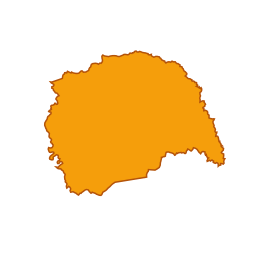 Morrinhos, Goiás, Brazil, rotated 329°
{"feature_id": "56859067B47188635940101", "entity_name": "Morrinhos", "entity_type": "district", "adm_level": 2, "iso_a3": "BRA", "parent_name": "Brazil", "parent_adm1": "Goiás", "projection": "orthographic", "projection_center": [-49.117, -17.8], "detail": "fine", "context": "isolated", "style": "filled", "palette": "amber", "viewbox_px": 256, "rotation_deg": 329, "n_neighbors": 0, "source": "geoboundaries", "source_scale": "gbopen_adm2", "svg_char_len": 5803}
<svg xmlns="http://www.w3.org/2000/svg" viewBox="0 0 256 256"><g transform="rotate(329 128 128)"><path d="M203.5,157.3L203.9,156.3L204.5,155.4L204.4,154.1L203.5,152.7L201.9,152.3L202.2,151.5L203.0,150.9L202.5,149.9L202.8,149.0L204.9,149.0L205.5,148.1L206.6,147.7L206.7,146.9L206.6,146.1L206.5,145.0L207.2,144.2L206.3,143.3L205.2,143.0L203.0,142.9L204.1,141.4L204.5,140.6L204.8,139.5L205.5,138.7L206.7,137.8L206.9,136.6L207.2,135.9L207.9,134.6L209.3,134.5L210.3,133.9L211.3,132.5L211.4,131.3L210.6,131.6L210.3,129.7L209.7,130.3L209.2,129.1L208.8,128.4L208.2,127.7L209.5,127.7L209.8,126.9L209.1,126.1L209.8,125.2L210.1,124.4L209.5,123.8L208.8,123.5L208.9,122.5L208.4,121.6L207.4,121.0L207.0,120.3L207.6,119.6L206.8,118.5L206.5,117.7L205.7,117.2L205.0,116.6L204.4,114.3L203.8,112.9L205.0,112.6L205.7,112.6L206.5,111.5L206.3,110.7L206.1,109.4L205.6,108.4L205.4,107.6L205.6,106.6L205.8,105.5L205.4,104.6L205.8,103.4L205.2,102.7L204.2,102.0L205.1,100.7L204.4,99.5L204.0,98.5L203.1,98.0L202.7,96.8L202.6,95.6L200.7,94.5L200.5,93.7L199.8,93.3L198.5,93.7L197.9,92.9L196.9,92.2L195.7,91.8L194.9,91.7L194.0,91.8L193.7,90.8L193.9,89.4L193.0,88.7L192.6,87.7L192.0,87.1L191.9,85.0L191.4,84.3L191.5,83.2L189.8,81.6L189.0,81.1L188.2,80.8L187.4,80.8L186.5,80.5L185.9,79.3L185.4,78.5L185.3,77.6L185.9,76.9L183.9,76.3L183.2,75.5L183.5,74.6L182.5,73.7L181.8,72.8L181.0,72.2L179.2,70.6L178.2,69.2L177.3,68.3L176.3,68.3L175.5,67.9L174.8,67.3L174.7,66.4L173.9,65.9L172.8,65.8L172.2,66.3L171.3,66.3L170.6,65.8L169.8,66.1L168.3,64.8L166.9,65.3L165.6,65.2L164.9,64.6L164.0,63.8L162.5,62.9L161.3,62.9L160.4,62.8L159.3,62.6L157.4,62.3L156.1,61.4L155.0,60.0L153.6,59.0L152.3,58.2L149.9,57.2L148.1,56.8L144.9,54.1L144.0,52.5L142.6,53.0L141.7,54.8L141.3,56.1L140.6,57.5L139.4,58.3L138.3,58.7L137.5,57.9L136.5,58.0L135.4,58.1L135.0,57.1L133.4,55.7L130.8,54.6L129.4,54.6L128.2,55.6L127.5,56.4L126.2,56.6L125.0,57.3L124.2,58.2L123.3,58.4L122.2,58.3L120.7,58.3L118.5,57.2L118.3,56.2L118.0,55.3L116.9,55.0L114.2,55.7L113.0,55.3L111.6,54.5L109.4,52.6L108.4,51.0L107.6,51.5L106.9,50.7L105.3,48.2L103.8,49.2L103.1,48.4L102.2,48.0L101.3,48.9L100.1,48.9L99.3,49.4L98.4,50.3L97.3,51.7L86.3,49.4L85.3,48.6L85.5,50.0L86.0,50.7L86.4,51.6L86.9,52.4L86.4,53.3L85.6,53.7L84.0,53.4L83.2,54.6L83.8,55.4L84.0,56.3L83.5,57.3L83.8,58.5L83.9,60.5L85.1,61.6L85.4,63.4L85.5,64.8L83.9,64.6L83.0,64.9L81.9,65.4L81.1,66.0L81.4,68.5L80.9,69.4L80.7,70.5L79.8,71.2L78.7,70.8L78.7,69.6L78.0,69.1L76.8,69.9L75.2,69.7L74.2,69.2L73.2,69.4L72.8,70.2L72.7,71.1L71.9,71.6L72.1,72.4L71.4,72.6L69.5,72.5L68.5,73.0L68.9,73.8L70.0,74.5L69.9,75.4L69.1,76.2L67.7,76.4L66.8,76.8L65.3,76.9L64.5,77.4L63.6,78.4L62.8,79.0L61.6,79.5L59.4,80.8L58.7,81.7L58.0,82.8L57.8,83.7L57.7,84.7L57.4,85.8L57.4,87.3L56.9,88.6L57.3,89.6L57.6,90.8L57.8,92.2L56.3,94.1L55.8,94.9L55.8,95.9L56.3,97.3L56.5,98.4L56.0,99.1L55.2,99.6L54.5,100.0L54.4,101.1L55.1,102.2L54.8,102.9L55.1,104.0L54.2,105.0L52.8,105.7L51.7,105.4L50.9,105.0L49.9,103.9L48.8,104.9L48.5,105.9L48.2,107.5L48.3,108.4L49.1,109.1L50.0,109.3L50.9,109.6L51.8,110.5L51.6,111.4L50.9,111.6L46.8,112.2L45.2,113.4L44.9,114.5L45.8,115.6L46.4,116.2L47.4,116.5L48.2,115.8L48.5,114.8L49.4,114.2L50.7,114.3L52.9,114.1L54.0,115.4L53.6,116.5L52.8,117.5L52.9,118.4L53.8,119.2L52.5,120.4L50.7,120.2L49.7,120.9L49.4,122.2L50.4,122.8L51.6,122.5L52.4,121.8L53.3,122.1L53.8,122.8L54.0,123.7L53.8,124.7L52.8,124.8L51.5,124.8L49.4,125.2L48.0,125.7L47.3,125.2L46.3,124.4L46.7,125.8L47.1,126.7L48.0,127.6L49.4,128.4L49.4,129.7L49.9,130.4L50.3,131.3L50.0,132.7L50.0,134.0L50.3,135.3L49.5,136.2L48.6,137.0L48.1,138.0L47.4,139.6L47.3,141.2L46.5,141.8L46.8,143.0L47.0,144.0L46.6,144.9L45.8,145.5L45.0,146.5L44.6,148.0L45.7,147.9L47.0,147.4L47.6,148.5L47.7,150.1L47.3,150.9L46.1,151.8L45.8,153.5L48.2,154.4L48.8,155.6L49.4,156.5L49.9,157.2L50.4,158.9L51.1,160.0L53.3,159.2L54.1,159.8L54.8,159.5L55.6,159.4L57.1,159.3L58.9,159.1L59.7,159.1L60.8,159.4L62.1,160.7L62.1,162.9L62.5,163.6L62.5,164.5L63.3,165.0L64.2,164.6L66.4,167.3L66.9,168.5L67.6,169.3L68.2,170.2L69.1,171.1L70.1,171.8L71.2,171.6L73.3,170.1L76.7,170.1L77.8,169.9L80.1,169.2L82.3,168.9L84.4,168.3L85.8,168.0L87.9,167.9L88.9,167.8L118.7,179.7L119.8,177.6L120.9,176.6L122.0,175.9L123.1,175.5L124.1,174.2L129.5,178.0L132.0,178.1L134.5,177.9L136.4,176.5L138.0,174.3L138.7,173.7L140.6,171.7L141.2,171.2L141.5,170.4L142.6,170.8L143.6,170.8L144.4,171.3L145.5,171.4L146.0,170.7L147.6,169.0L148.4,168.5L149.6,169.0L150.5,169.5L151.3,170.6L152.2,171.4L153.0,172.3L153.8,173.5L154.0,175.4L154.7,175.5L156.8,174.5L157.3,175.3L158.5,175.2L160.1,176.0L160.9,176.2L161.1,177.0L162.4,177.4L163.2,177.9L163.4,178.9L164.1,179.4L164.9,179.2L166.4,177.7L167.4,177.5L168.4,176.8L169.5,178.6L169.9,179.8L170.5,180.3L172.7,179.6L173.9,178.6L175.4,180.2L176.2,181.9L176.4,185.6L176.8,186.6L177.0,187.5L178.7,186.6L180.2,186.7L180.8,187.5L181.6,188.0L181.3,188.8L180.7,189.8L180.5,191.2L181.4,191.1L181.0,192.1L180.8,194.2L181.5,195.1L180.6,195.2L179.7,196.3L179.0,196.6L178.7,197.4L181.5,197.8L181.7,198.8L183.5,198.7L183.9,199.7L184.3,200.5L183.4,201.1L183.9,202.4L184.9,203.4L186.2,203.3L186.8,204.4L186.8,205.3L185.7,207.2L186.5,207.0L188.4,207.5L189.1,206.1L190.5,207.1L191.0,208.0L192.2,207.6L192.8,206.0L193.9,204.9L195.2,204.2L194.0,203.2L194.7,202.3L195.8,201.0L196.6,199.5L195.8,198.5L195.3,197.2L196.0,196.7L197.3,196.3L198.1,196.2L199.4,194.7L198.9,193.4L198.4,191.9L198.8,191.0L199.5,191.5L199.1,189.9L199.5,189.1L199.2,187.6L199.8,186.7L199.1,186.4L200.5,182.6L200.6,181.4L199.9,180.6L198.9,180.3L200.3,178.7L201.2,178.2L202.0,177.3L200.8,176.7L200.9,175.5L202.2,174.2L202.4,172.8L202.2,171.1L203.1,170.2L203.5,167.6L204.0,166.4L204.7,165.8L205.6,165.5L206.7,164.7L205.8,164.0L204.9,163.7L204.3,163.0L203.5,162.3L202.6,161.1L204.1,158.7L203.5,157.3Z" fill="#f59e0b" stroke="#b45309" stroke-width="1.5"/></g></svg>